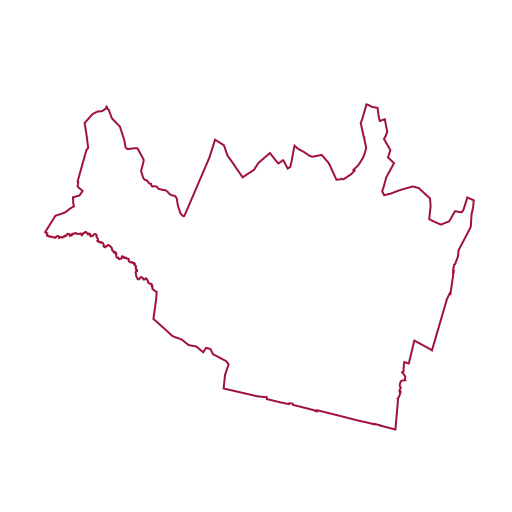 Lielplatones pag., Jelgava, Latvia, rotated 95°
{"feature_id": "27541924B38186203198692", "entity_name": "Lielplatones pag.", "entity_type": "district", "adm_level": 2, "iso_a3": "LVA", "parent_name": "Latvia", "parent_adm1": "Jelgava", "projection": "natural_earth1", "projection_center": [23.633, 56.444], "detail": "fine", "context": "isolated", "style": "outline", "palette": "rose", "viewbox_px": 512, "rotation_deg": 95, "n_neighbors": 0, "source": "geoboundaries", "source_scale": "gbopen_adm2", "svg_char_len": 6096}
<svg xmlns="http://www.w3.org/2000/svg" viewBox="0 0 512 512"><g transform="rotate(95 256 256)"><path d="M250.6,468.1L251.2,467.2L251.5,466.6L251.8,466.4L251.7,466.0L253.2,465.9L253.7,466.1L253.9,466.0L254.1,465.7L253.9,465.4L253.8,464.8L254.4,464.2L254.4,463.9L254.8,463.6L254.8,463.0L254.4,462.4L254.5,461.5L255.0,460.6L255.1,459.4L254.9,458.3L255.3,458.0L255.3,457.2L253.9,456.4L253.8,456.0L253.4,455.6L253.4,454.5L253.6,454.3L254.2,454.1L254.6,453.8L255.2,453.6L254.7,453.0L254.3,452.9L254.3,452.2L254.3,451.7L254.1,451.5L254.1,451.0L254.5,450.3L253.8,450.0L253.7,449.7L253.2,448.8L252.5,448.5L252.4,447.9L252.9,447.6L252.5,447.2L252.1,447.0L252.1,446.7L251.5,446.1L250.6,446.0L250.3,445.7L250.4,444.2L250.6,443.8L251.7,443.3L251.1,442.9L251.1,442.7L251.9,442.3L251.5,441.3L249.9,440.9L249.7,440.5L249.8,439.1L248.9,438.2L248.9,437.5L249.6,436.0L249.5,435.3L249.3,433.0L248.9,432.6L249.0,431.9L249.2,431.7L249.8,431.8L250.6,431.4L250.5,431.0L249.8,430.6L249.0,430.5L248.3,429.9L248.0,429.5L248.0,428.9L247.6,428.4L246.9,428.2L246.8,427.8L247.1,427.2L247.8,426.5L248.1,425.9L248.7,425.7L249.0,425.5L248.7,425.0L248.9,424.6L248.2,424.2L248.3,423.6L249.0,422.9L249.6,422.7L250.3,422.9L250.8,422.5L250.7,421.5L250.3,421.0L250.1,420.2L248.6,419.4L248.1,418.3L248.3,417.5L249.2,416.5L249.5,416.4L249.9,416.6L251.1,416.5L252.4,415.2L253.5,414.8L254.2,414.9L254.7,415.4L255.2,415.0L255.5,414.2L255.2,414.0L255.5,412.9L255.7,412.6L255.6,412.1L256.3,412.0L256.4,411.8L256.3,411.0L256.0,410.5L256.3,409.9L258.0,408.6L259.5,408.7L260.1,408.2L260.5,407.1L260.4,406.7L259.3,406.3L259.0,405.2L258.0,404.6L258.1,403.5L258.4,402.8L258.9,402.4L258.9,402.0L260.8,400.2L262.5,400.0L263.3,399.0L263.9,398.7L264.1,398.4L264.0,397.9L264.7,397.9L265.2,397.5L265.1,396.9L264.9,396.7L265.0,396.3L264.7,396.0L265.5,395.5L266.4,395.8L266.8,395.6L267.0,395.2L267.7,395.4L268.5,395.2L269.7,394.6L270.0,393.9L269.6,393.0L271.1,392.1L270.3,390.0L269.5,389.6L268.4,389.6L267.9,389.2L268.5,387.7L269.2,387.7L269.4,387.4L269.0,386.5L269.3,386.1L269.0,385.7L269.2,385.3L269.7,384.9L269.9,384.4L269.7,384.0L269.8,383.3L270.1,382.7L270.8,382.3L271.8,382.4L272.4,382.1L273.1,381.1L272.9,380.8L273.3,379.8L272.9,378.9L273.6,378.4L273.5,377.3L273.6,376.7L274.0,376.3L274.4,376.8L274.9,376.8L275.5,376.1L275.6,375.7L276.7,374.7L277.2,375.0L277.9,374.9L278.7,374.3L279.4,374.6L280.2,373.8L280.4,373.3L281.4,373.2L281.9,374.3L283.1,374.5L284.7,373.9L286.2,373.7L289.4,371.8L289.5,370.8L289.4,370.4L287.8,369.5L287.3,369.1L287.4,368.6L287.0,368.2L288.2,366.5L289.2,366.2L289.2,365.6L289.1,364.9L288.0,364.1L287.8,363.8L288.3,363.0L289.2,362.3L290.0,361.9L290.5,361.4L291.2,361.5L292.8,359.9L292.9,359.6L292.7,359.1L292.9,357.9L293.5,357.2L293.9,357.0L294.6,357.2L294.9,357.5L295.3,357.4L295.6,357.0L295.6,356.5L297.3,356.4L297.9,356.2L298.1,355.6L298.6,355.2L300.1,352.8L300.3,351.9L305.8,351.7L308.3,351.7L327.6,352.7L334.0,344.1L343.0,332.3L343.9,329.6L344.8,325.8L345.7,322.7L350.6,315.4L351.4,307.5L356.5,300.2L351.8,297.7L352.6,293.7L352.7,293.3L357.5,290.3L357.8,289.7L363.3,276.7L366.2,273.8L377.2,276.5L390.8,276.7L395.7,242.0L395.8,233.5L395.6,233.1L397.1,232.7L397.6,232.7L399.8,218.0L399.9,216.5L400.7,210.4L399.9,210.3L399.8,206.7L401.2,206.0L401.6,202.9L404.3,186.3L404.8,183.7L405.2,183.7L405.5,181.8L404.3,181.7L406.8,165.8L410.9,140.8L412.0,132.3L413.4,123.6L412.9,123.6L413.8,117.7L414.1,117.7L416.7,102.0L387.2,102.0L386.1,102.1L385.7,102.5L384.9,101.8L381.6,100.6L380.1,100.6L379.3,100.1L378.8,100.0L378.5,100.1L378.1,100.8L378.3,101.3L378.0,101.4L376.5,101.0L375.0,100.3L374.6,100.3L374.0,100.6L373.7,101.1L373.4,101.3L371.7,101.5L369.2,101.1L368.7,100.9L367.9,100.4L367.5,99.9L367.2,99.1L367.1,97.8L366.8,96.6L366.3,97.0L363.0,96.8L359.1,100.3L358.3,99.0L352.7,99.2L348.8,99.0L349.7,94.4L326.4,90.9L333.5,74.8L334.7,72.5L282.2,62.0L276.2,59.7L276.7,59.0L254.3,57.7L254.8,58.3L252.3,58.4L247.3,57.8L246.9,57.0L238.6,54.7L232.9,54.8L208.8,44.8L207.9,44.6L195.8,44.9L187.9,43.9L181.5,44.0L179.3,50.6L192.1,53.4L194.6,55.0L194.1,61.7L204.6,66.5L208.6,74.5L206.8,80.0L204.9,85.0L204.0,86.7L191.1,86.4L186.6,87.1L183.4,87.8L174.1,99.9L173.1,106.1L177.9,118.5L179.6,122.2L182.0,127.0L184.3,133.6L181.1,135.6L180.1,135.9L175.8,134.8L166.0,133.0L151.5,126.6L146.3,133.1L139.1,131.4L138.8,131.4L128.2,138.7L125.3,137.3L120.8,136.1L108.5,139.6L110.7,144.5L107.4,145.6L97.9,147.8L97.2,154.1L96.0,156.4L95.3,159.2L111.3,162.3L114.3,163.3L128.1,159.0L128.4,158.4L129.3,158.5L138.9,155.6L145.7,157.0L148.9,158.0L153.9,160.5L157.0,162.3L161.8,166.5L162.4,165.3L166.1,168.2L172.0,175.5L171.5,177.4L172.1,177.9L173.0,182.5L157.9,191.1L157.8,191.4L156.9,191.8L149.6,199.4L152.2,208.4L151.7,210.7L151.5,211.3L148.1,217.5L145.6,223.5L142.8,227.1L145.5,227.6L159.6,228.9L161.2,229.3L164.4,229.7L166.1,232.1L160.3,235.8L158.4,237.1L158.2,237.4L161.9,241.8L157.9,245.8L152.2,251.1L163.1,261.7L170.3,265.5L177.0,274.0L178.8,276.1L171.1,282.6L166.2,286.5L158.4,293.2L148.5,297.6L143.7,306.9L162.3,311.1L222.2,330.8L222.4,331.0L222.7,332.0L220.7,334.5L219.2,335.4L214.0,337.6L211.5,338.5L206.1,339.8L204.8,340.5L203.6,341.6L203.2,342.3L202.8,345.2L202.3,346.7L201.1,348.3L199.7,349.7L198.8,351.3L198.5,351.7L198.2,352.3L198.5,354.6L198.1,355.5L197.6,358.8L197.1,359.6L195.7,360.7L195.3,362.5L195.5,364.3L195.9,365.3L195.8,365.6L194.9,366.3L193.2,366.9L193.1,368.6L190.7,370.9L190.0,371.9L189.8,373.2L189.0,374.4L187.9,375.2L182.1,377.6L181.0,377.9L174.6,376.7L170.5,376.2L169.0,376.8L159.3,383.3L159.0,384.5L159.3,386.4L159.9,389.8L160.4,391.7L160.7,393.5L159.0,395.4L158.3,395.7L153.7,396.8L151.2,397.7L139.0,402.8L132.7,410.1L131.2,411.7L123.9,415.1L122.9,415.7L122.6,416.3L122.2,417.4L120.4,417.4L120.2,417.9L122.1,418.0L122.1,418.5L124.2,420.7L125.2,422.3L125.8,425.9L126.5,427.4L128.5,430.7L129.4,431.6L131.2,433.0L138.5,438.3L148.0,435.9L162.9,432.6L165.3,434.2L197.2,440.2L197.8,439.5L199.4,439.7L201.4,439.8L202.2,439.8L202.7,439.5L206.3,434.4L211.2,437.2L213.4,443.4L219.3,442.7L219.6,442.5L222.4,441.7L223.3,443.1L225.1,445.5L229.0,449.8L229.8,451.0L233.4,459.3L250.6,468.1Z" fill="none" stroke="#9f1239" stroke-width="2"/></g></svg>